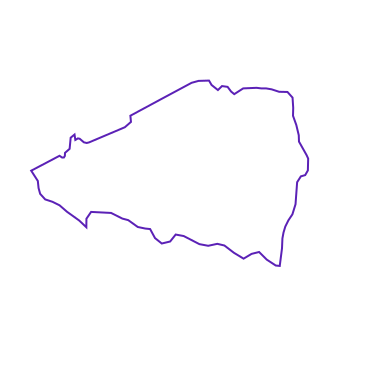 the Province of Nahouri, rotated 151°
{"feature_id": "BFA-2830", "entity_name": "Nahouri", "entity_type": "Province", "adm_level": 1, "iso_a3": "BFA", "parent_name": "Burkina Faso", "parent_adm1": "", "projection": "equal_earth", "projection_center": [-1.167, 11.251], "detail": "fine", "context": "isolated", "style": "outline", "palette": "violet", "viewbox_px": 384, "rotation_deg": 151, "n_neighbors": 0, "source": "natural_earth", "source_scale": "10m", "svg_char_len": 1199}
<svg xmlns="http://www.w3.org/2000/svg" viewBox="0 0 384 384"><g transform="rotate(151 192 192)"><path d="M208.9,288.6L175.1,288.2L139.4,287.7L132.4,286.0L123.1,281.2L123.0,276.1L119.9,268.6L114.4,270.1L109.9,266.7L109.1,260.9L107.6,257.1L97.0,257.8L85.0,251.8L81.0,248.9L77.1,246.8L72.6,243.2L67.2,237.4L60.0,233.2L58.3,225.8L62.7,216.5L66.7,209.7L68.3,200.0L71.1,189.9L74.0,184.2L73.9,168.7L74.2,164.9L80.2,154.7L84.8,151.9L89.2,152.9L95.3,149.6L107.4,131.1L115.0,123.8L121.4,120.5L127.2,116.5L131.6,112.2L135.4,107.6L140.6,99.1L151.1,84.8L154.4,87.1L159.4,96.6L162.4,107.0L169.9,109.0L179.2,108.7L184.8,118.5L189.6,129.5L195.0,134.4L203.9,137.1L210.8,142.8L220.6,157.5L226.9,162.7L235.1,159.3L243.4,161.6L246.7,169.6L246.6,179.9L250.6,182.7L256.4,187.7L261.4,198.3L265.8,202.5L272.9,212.9L289.9,223.5L297.3,219.8L301.5,212.4L304.5,221.8L310.9,235.3L314.3,244.6L318.8,251.1L324.0,256.7L325.7,264.0L324.3,269.8L321.5,276.4L322.3,288.6L290.3,287.9L288.9,285.1L287.3,284.3L285.7,285.2L284.1,287.8L278.1,289.1L271.8,298.3L266.9,299.2L268.8,294.1L265.8,294.2L264.4,293.0L262.5,287.9L260.3,285.9L258.0,285.3L219.3,281.2L211.4,282.9L208.9,288.6Z" fill="none" stroke="#5b21b6" stroke-width="2"/></g></svg>